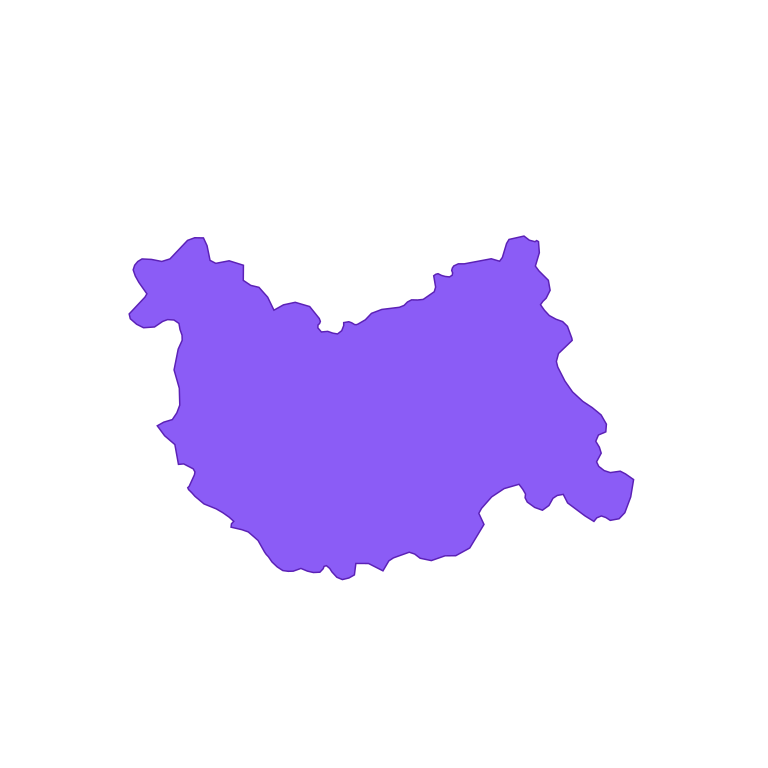 Greater Poland, Albers equal-area conic projection, rotated 311°
{"feature_id": "POL-3144", "entity_name": "Greater Poland", "entity_type": "Voivodeship", "adm_level": 1, "iso_a3": "POL", "parent_name": "Poland", "parent_adm1": "", "projection": "albers", "projection_center": [17.345, 52.331], "detail": "fine", "context": "isolated", "style": "filled", "palette": "violet", "viewbox_px": 768, "rotation_deg": 311, "n_neighbors": 0, "source": "natural_earth", "source_scale": "10m", "svg_char_len": 2763}
<svg xmlns="http://www.w3.org/2000/svg" viewBox="0 0 768 768"><g transform="rotate(311 384 384)"><path d="M587.5,392.6L587.9,399.4L590.5,404.6L592.4,405.1L592.8,407.2L585.0,415.1L572.3,420.9L571.0,426.8L570.1,440.0L563.7,447.9L555.1,450.1L550.6,449.7L546.5,450.1L544.9,456.6L544.1,463.8L545.7,471.2L548.3,477.9L547.9,484.6L541.8,495.7L540.4,497.4L521.5,495.7L514.1,499.3L510.8,504.0L504.9,518.6L501.7,531.5L501.3,545.4L502.8,556.9L503.1,568.1L499.6,578.2L493.4,582.8L486.2,579.3L479.7,581.4L477.6,588.0L474.3,593.3L464.7,595.5L462.7,600.2L463.1,607.0L465.6,612.9L473.2,619.5L474.6,625.3L475.6,635.1L460.6,644.3L444.9,650.2L436.5,649.8L429.5,644.2L428.8,639.1L427.0,634.6L422.6,632.4L418.0,632.6L416.3,622.2L414.7,600.6L418.3,591.7L413.6,587.9L408.6,586.5L400.5,588.2L392.7,586.4L389.7,578.7L388.9,569.6L390.7,565.1L393.8,563.0L395.6,557.8L396.9,551.7L383.9,543.3L369.4,539.3L354.1,539.2L348.6,540.4L343.6,551.6L316.5,556.3L301.5,550.8L294.4,542.8L281.8,535.6L276.2,525.6L275.8,518.7L273.6,513.4L259.0,505.2L253.7,503.7L242.3,505.8L238.4,490.1L230.1,480.5L220.5,486.9L214.6,484.8L209.1,480.9L207.2,475.2L208.0,468.0L209.2,464.0L209.1,459.7L207.0,458.4L204.7,459.3L199.9,459.1L195.4,454.4L192.5,448.9L190.3,442.3L183.2,438.3L179.8,434.6L176.8,430.0L175.9,423.3L176.2,416.2L177.8,410.1L178.1,406.9L178.9,403.9L183.3,391.5L183.3,378.6L180.8,372.3L175.6,362.5L178.4,360.6L181.8,360.7L181.9,354.4L181.1,346.7L179.7,339.3L175.4,326.8L175.2,315.0L175.8,310.5L176.1,305.8L177.0,303.9L178.9,304.1L191.1,300.5L193.6,299.0L194.8,295.7L192.3,285.3L188.5,281.6L201.1,265.9L201.0,252.4L203.7,240.3L210.7,242.8L218.3,247.6L226.3,246.6L234.1,243.7L246.5,232.3L256.9,216.3L275.3,205.8L284.6,203.0L288.3,199.6L291.3,194.3L295.2,189.5L294.5,183.5L290.6,178.4L286.0,175.9L276.5,173.4L268.7,165.6L266.8,158.1L266.8,149.7L269.7,145.7L292.7,146.6L296.5,145.9L299.8,132.5L302.3,125.5L305.6,119.8L310.1,117.9L314.9,117.8L319.6,119.3L325.5,126.8L330.7,135.9L338.0,140.4L363.5,141.5L370.2,145.2L375.8,151.9L372.3,159.7L363.2,171.6L364.7,177.9L375.4,186.3L381.4,200.0L369.9,209.8L371.0,218.7L374.9,226.2L373.2,239.3L367.5,252.5L377.8,256.2L387.4,263.4L393.7,277.1L391.0,292.1L389.5,294.9L387.4,295.7L385.2,295.5L383.0,297.2L382.2,302.6L386.8,307.0L388.8,312.0L391.3,316.1L396.5,317.1L401.6,315.3L403.9,313.3L407.9,316.6L409.0,319.4L409.6,322.9L410.6,324.2L412.0,325.0L420.2,327.8L429.1,328.2L438.8,333.4L452.0,345.3L456.5,347.6L461.3,347.9L465.6,349.6L469.4,354.2L473.6,358.1L486.6,361.4L491.0,359.4L498.3,350.5L500.8,351.1L502.7,352.4L503.7,356.2L505.3,359.6L507.8,363.2L510.9,364.1L512.9,362.9L514.1,360.6L516.4,359.5L518.9,359.2L523.4,361.2L527.3,365.7L548.9,382.8L552.5,390.7L557.2,390.3L570.5,384.3L575.1,383.5L587.5,392.6Z" fill="#8b5cf6" stroke="#5b21b6" stroke-width="1.5"/></g></svg>